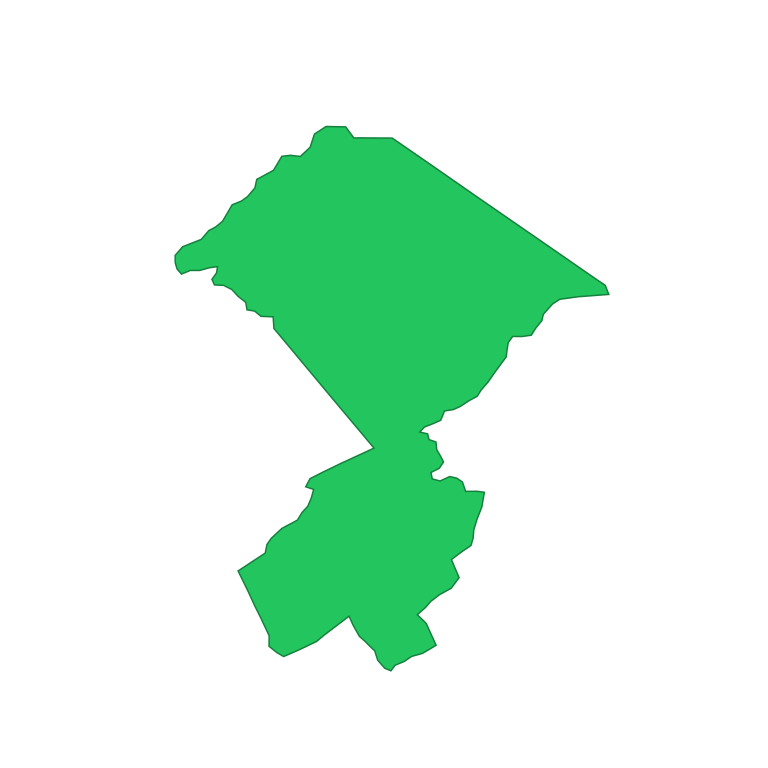 the district of Novo Hamburgo, Rio Grande do Sul, Brazil, rotated 237°
{"feature_id": "56859067B90736341852605", "entity_name": "Novo Hamburgo", "entity_type": "district", "adm_level": 2, "iso_a3": "BRA", "parent_name": "Brazil", "parent_adm1": "Rio Grande do Sul", "projection": "natural_earth1", "projection_center": [-51.068, -29.733], "detail": "fine", "context": "isolated", "style": "filled", "palette": "green", "viewbox_px": 768, "rotation_deg": 237, "n_neighbors": 0, "source": "geoboundaries", "source_scale": "gbopen_adm2", "svg_char_len": 1971}
<svg xmlns="http://www.w3.org/2000/svg" viewBox="0 0 768 768"><g transform="rotate(237 384 384)"><path d="M306.7,159.8L284.2,157.1L268.6,154.8L255.3,153.3L235.5,150.6L226.6,144.7L217.1,147.9L210.1,151.4L207.6,166.1L206.0,178.0L204.8,187.4L206.0,197.3L207.3,214.8L208.3,228.2L198.4,226.7L185.7,225.9L178.7,227.9L172.7,229.1L165.3,230.9L155.8,228.3L145.2,229.8L139.7,233.6L142.1,240.2L140.3,249.9L140.5,258.8L137.1,269.6L136.5,285.4L160.2,289.0L172.4,286.3L174.0,297.2L176.2,304.8L177.1,315.7L176.1,329.1L180.7,341.5L200.0,344.9L200.6,352.3L201.0,359.4L201.2,369.0L206.1,374.7L212.8,379.9L220.1,388.6L227.6,399.1L233.9,404.9L238.5,409.2L243.2,403.8L249.5,394.0L259.1,396.4L265.5,393.7L270.6,388.7L272.1,378.2L278.1,372.8L284.2,375.2L283.2,384.5L286.2,391.5L292.5,392.1L300.2,392.5L307.1,396.0L312.8,391.5L318.5,393.4L324.2,387.8L325.9,394.5L324.0,403.7L322.7,411.8L328.4,420.1L324.8,428.2L323.6,435.9L323.7,445.8L323.0,455.6L326.0,462.1L329.0,472.5L333.9,484.5L337.3,493.7L340.2,501.3L345.6,505.8L351.0,510.7L353.8,517.8L348.7,525.5L344.7,534.1L348.4,542.2L351.2,551.0L355.7,555.6L359.3,568.9L359.3,577.6L351.3,594.6L336.7,621.3L346.3,623.3L355.1,619.5L383.4,607.9L415.8,594.6L488.9,564.5L545.8,541.3L585.8,524.8L602.9,498.8L606.8,492.7L620.5,491.9L631.5,475.7L631.5,461.8L622.8,451.0L620.4,437.8L626.8,430.0L630.6,422.3L623.4,407.7L624.9,388.7L618.8,382.6L615.5,371.7L615.1,364.0L617.0,354.3L608.4,337.2L607.4,328.3L608.1,320.7L604.8,309.5L608.8,289.8L605.6,278.9L599.5,275.0L593.2,273.1L586.5,274.0L584.7,283.5L579.6,291.3L576.6,300.9L573.1,308.3L568.4,304.1L565.5,296.7L559.4,295.8L554.1,303.2L545.9,307.9L536.9,309.4L527.7,312.5L520.8,309.5L515.6,315.2L507.7,317.7L500.7,327.6L490.5,321.9L482.5,322.9L404.1,332.3L335.7,340.7L340.8,305.2L343.3,285.4L344.9,270.4L340.4,262.4L333.9,267.6L327.8,260.7L323.0,253.5L320.9,245.4L317.0,237.1L317.9,227.1L318.5,219.7L316.0,205.4L313.2,198.5L306.9,192.3L306.7,159.8Z" fill="#22c55e" stroke="#15803d" stroke-width="1.5"/></g></svg>